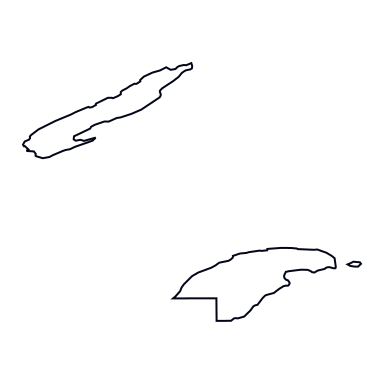 Keweenaw, Michigan, United States of America
{"feature_id": "52423323B74408100948794", "entity_name": "Keweenaw", "entity_type": "district", "adm_level": 2, "iso_a3": "USA", "parent_name": "United States of America", "parent_adm1": "Michigan", "projection": "equal_earth", "projection_center": [-88.443, 47.695], "detail": "fine", "context": "isolated", "style": "outline", "palette": "ink", "viewbox_px": 384, "rotation_deg": 0, "n_neighbors": 0, "source": "geoboundaries", "source_scale": "gbopen_adm2", "svg_char_len": 2189}
<svg xmlns="http://www.w3.org/2000/svg" viewBox="0 0 384 384"><path d="M231.0,320.8L234.0,318.4L235.6,318.1L237.7,318.4L244.1,316.6L250.4,310.5L253.3,306.4L255.0,305.4L257.5,304.8L262.6,298.1L264.9,295.8L266.0,295.1L273.8,293.0L279.3,288.8L283.5,286.2L285.5,285.7L288.0,285.7L288.6,285.3L289.6,283.6L289.5,282.5L287.8,280.2L286.3,279.9L284.7,278.4L284.1,276.8L284.2,275.3L285.8,271.9L288.9,271.2L300.9,269.7L306.1,269.8L307.8,269.9L310.6,271.1L312.1,272.2L314.5,272.5L317.6,270.6L324.7,268.9L325.9,267.8L327.5,267.3L329.3,267.1L333.6,268.3L335.4,268.2L335.8,267.0L334.6,258.2L331.6,255.8L326.3,252.7L317.3,249.5L314.1,249.8L297.7,249.1L296.8,248.5L291.3,248.0L281.3,247.9L268.8,248.8L267.3,249.0L267.2,250.3L261.5,250.9L259.7,250.6L248.7,252.2L246.5,252.9L240.1,253.5L232.9,255.9L233.0,256.7L232.7,257.7L230.9,259.4L228.5,260.8L219.2,262.7L215.5,265.4L211.3,267.7L198.1,272.6L192.1,276.1L183.9,284.3L181.6,287.5L180.1,291.2L175.5,296.4L173.1,298.4L216.4,298.3L216.6,320.9L231.0,320.8ZM23.0,144.7L23.9,146.2L24.7,146.0L28.4,149.4L27.2,150.1L27.0,150.5L27.2,151.0L33.8,151.4L35.7,153.8L35.6,155.8L36.1,156.2L42.7,158.2L49.5,157.0L52.8,155.2L63.2,150.8L65.6,150.0L70.0,149.2L74.8,146.9L92.5,140.7L95.1,138.3L94.9,137.8L84.0,140.9L80.4,139.8L75.7,140.7L73.7,139.4L74.0,136.3L82.2,132.4L90.1,128.6L91.2,126.7L95.0,124.7L104.4,121.5L108.6,121.6L116.7,118.0L120.7,117.4L131.6,113.8L141.3,109.6L159.6,97.4L160.5,95.9L160.8,94.7L160.4,93.1L159.9,92.3L159.9,90.7L162.2,88.3L173.3,81.0L178.6,76.9L181.8,73.0L183.8,71.5L185.9,70.3L190.3,69.4L191.9,68.4L192.2,65.9L191.3,63.1L186.3,65.2L183.8,65.0L179.3,66.0L177.3,67.1L175.5,69.0L170.7,69.8L166.2,67.3L159.9,70.5L152.7,72.5L144.0,76.5L140.6,79.6L140.1,80.2L140.3,81.4L138.5,82.6L136.3,83.9L134.2,83.8L129.7,86.2L126.4,88.5L122.4,90.5L120.8,92.0L120.8,94.3L117.7,96.2L113.0,98.2L111.9,97.8L107.9,97.8L96.2,103.5L95.7,104.3L95.9,105.0L91.9,107.2L89.4,107.5L88.6,106.9L86.7,107.5L75.9,112.0L71.0,114.5L55.5,120.9L38.5,129.4L31.3,134.9L29.9,136.4L30.0,138.3L28.9,139.7L24.7,141.5L23.0,144.7ZM347.6,264.4L350.3,265.9L354.6,266.6L358.1,266.6L361.0,263.8L359.9,262.3L353.4,261.7L350.5,263.2L347.6,264.4Z" fill="none" stroke="#020617" stroke-width="2"/></svg>